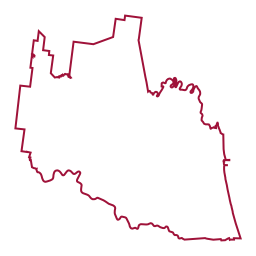 Altamira, Tamaulipas, Mexico (orthographic projection)
{"feature_id": "50627088B67478118137256", "entity_name": "Altamira", "entity_type": "district", "adm_level": 2, "iso_a3": "MEX", "parent_name": "Mexico", "parent_adm1": "Tamaulipas", "projection": "orthographic", "projection_center": [-98.026, 22.563], "detail": "fine", "context": "isolated", "style": "outline", "palette": "rose", "viewbox_px": 256, "rotation_deg": 0, "n_neighbors": 0, "source": "geoboundaries", "source_scale": "gbopen_adm2", "svg_char_len": 5679}
<svg xmlns="http://www.w3.org/2000/svg" viewBox="0 0 256 256"><path d="M225.1,240.2L228.0,238.5L229.1,238.1L229.8,239.9L230.5,239.6L234.0,239.6L233.9,238.2L240.6,238.4L235.7,223.3L232.8,212.9L232.6,211.3L231.6,207.2L231.4,206.0L230.7,203.9L229.8,200.0L229.4,197.8L227.6,189.6L226.8,185.0L225.4,178.9L225.4,178.0L224.4,172.5L224.1,169.7L224.1,166.6L224.6,165.2L227.9,165.2L224.2,165.0L224.0,164.4L224.0,163.8L224.6,163.7L223.9,163.6L223.7,161.6L224.2,161.6L224.2,161.4L223.7,161.5L223.5,161.3L223.5,161.0L224.0,160.1L229.3,160.2L229.3,159.9L225.8,160.0L224.2,154.1L223.6,149.2L223.3,134.5L222.9,134.5L221.0,133.2L220.7,133.1L220.2,131.3L219.9,130.7L219.5,129.4L219.1,128.7L218.5,126.9L218.0,125.8L217.9,125.1L218.0,124.0L217.7,122.9L217.6,122.7L217.4,122.7L216.9,123.7L216.7,124.6L216.2,125.6L215.6,125.9L215.6,126.3L216.0,126.8L216.1,127.4L216.1,128.1L214.7,127.9L214.3,127.6L214.2,127.3L213.9,127.2L213.1,127.7L212.0,127.9L211.2,128.2L210.8,128.7L210.5,128.5L210.1,126.8L209.7,125.7L208.9,124.5L207.8,124.3L205.6,124.3L204.2,123.8L203.8,123.3L203.4,122.5L202.8,121.7L201.7,120.5L201.6,120.2L201.6,119.6L201.8,117.7L202.5,115.9L202.5,115.3L202.1,114.2L200.7,112.9L200.6,112.4L200.7,111.7L201.3,110.3L201.6,108.7L202.1,104.7L201.9,103.7L200.1,102.0L198.7,98.8L198.6,98.0L198.8,96.8L199.9,94.8L200.2,94.0L200.2,92.9L200.0,91.6L199.3,90.2L197.8,88.3L196.9,86.4L196.4,86.1L195.5,86.4L194.6,87.5L194.0,88.6L193.4,90.1L193.2,91.6L192.3,92.6L191.7,92.9L191.0,92.9L190.6,92.5L190.5,92.0L190.6,91.4L191.6,90.2L192.1,89.7L192.7,88.7L193.2,87.5L193.4,86.3L193.1,84.9L192.5,84.3L191.3,84.3L189.1,85.1L187.9,86.1L187.3,86.9L186.7,88.7L186.1,89.6L185.2,90.1L184.2,90.1L182.1,89.7L180.4,89.7L179.9,89.4L179.7,89.0L179.7,88.7L180.0,88.0L180.8,86.8L181.3,86.1L181.7,84.9L181.8,83.8L181.7,83.3L181.4,82.5L180.9,81.8L180.5,81.5L179.8,81.4L178.8,81.9L178.0,83.0L176.2,86.9L176.0,87.1L175.5,87.1L175.3,86.7L175.4,85.7L176.0,83.8L176.3,81.7L176.4,80.3L175.7,78.4L175.0,77.9L174.4,78.0L174.0,78.4L173.9,79.0L174.9,82.6L174.9,83.4L174.6,84.4L174.0,85.7L172.5,87.3L172.0,87.4L171.4,87.4L170.8,86.9L170.6,86.3L170.9,85.4L173.2,83.6L173.5,82.4L173.4,81.4L172.7,80.4L171.7,79.5L170.1,78.6L169.3,78.6L168.1,79.0L166.9,80.0L166.4,80.8L166.0,81.7L165.6,83.1L165.4,83.2L164.9,83.2L163.8,82.7L163.1,82.5L162.0,83.0L161.7,83.5L161.6,86.5L162.2,86.7L162.7,86.4L163.1,86.4L163.3,86.6L163.2,87.3L161.9,89.7L160.0,92.6L159.2,94.1L158.7,95.5L158.0,96.2L157.3,96.4L156.9,96.1L156.9,95.8L157.2,95.2L158.0,94.7L158.2,94.4L158.1,93.7L156.9,92.1L156.2,91.9L155.6,91.9L155.1,92.1L153.8,93.3L153.5,93.8L153.4,94.5L153.0,94.7L152.6,94.4L152.2,93.1L150.8,92.6L150.5,92.4L150.1,91.3L149.7,91.0L149.3,90.9L148.8,91.0L148.1,91.6L146.5,82.2L145.4,77.0L138.5,40.0L138.8,39.2L141.7,17.8L125.1,15.6L124.5,20.1L115.7,18.8L113.1,37.0L93.4,44.2L73.6,41.7L69.5,73.9L69.5,75.9L70.9,77.7L70.4,77.9L70.0,77.6L69.7,76.9L69.4,76.9L68.8,76.6L68.5,76.8L68.4,76.7L68.5,76.3L68.4,76.1L68.6,75.9L68.2,75.7L68.1,75.4L67.9,75.2L68.0,75.0L68.3,75.0L68.4,74.8L68.2,74.7L67.9,74.2L67.5,74.2L67.1,74.5L66.0,74.1L65.5,74.1L65.1,73.9L64.7,74.1L64.6,74.6L63.7,75.0L63.5,75.4L63.2,75.1L62.9,75.1L62.7,74.9L62.6,75.2L62.1,75.8L61.5,75.4L61.4,75.6L61.3,75.4L61.1,75.5L59.9,76.3L59.3,76.2L59.1,76.6L59.1,76.8L59.6,77.2L59.3,77.6L59.1,77.6L58.7,77.4L58.5,77.1L58.5,76.8L57.8,77.2L57.2,77.3L57.0,77.1L54.8,77.5L50.8,73.2L53.2,55.5L48.9,55.0L49.3,51.0L43.1,50.2L44.7,37.1L38.8,31.2L37.6,40.9L33.8,40.3L32.1,53.8L33.3,55.0L33.6,54.7L34.5,55.6L34.4,56.1L33.4,55.2L33.2,55.4L32.8,55.0L32.7,56.6L31.9,55.7L31.9,55.8L30.4,67.7L32.5,68.0L30.1,86.7L20.3,85.6L15.4,128.4L24.5,129.4L21.5,151.2L27.0,152.0L27.0,151.8L30.6,152.6L29.1,157.1L31.2,157.6L29.6,157.9L29.9,160.1L30.8,160.0L32.0,167.2L33.8,168.1L35.4,168.4L36.0,168.9L36.6,168.8L36.4,169.5L37.1,171.7L37.6,172.2L38.4,172.2L39.4,172.6L40.3,173.4L41.0,174.3L41.6,175.9L42.2,178.2L42.9,179.9L43.6,181.0L44.5,181.6L45.6,181.8L47.2,181.4L50.3,180.4L51.8,179.6L52.6,179.0L53.1,178.1L53.3,177.1L53.5,174.9L54.0,172.9L54.6,171.6L55.5,170.8L56.4,170.5L57.5,170.4L58.5,170.7L59.6,171.4L60.7,172.6L62.0,174.5L62.4,175.0L63.1,175.3L63.6,175.2L64.2,174.9L66.8,171.5L67.7,170.7L68.4,170.4L69.3,170.5L70.1,170.8L70.9,171.3L73.2,173.7L74.0,174.0L74.7,173.9L75.5,173.5L77.5,171.9L78.4,171.5L79.1,171.5L79.7,171.9L80.2,172.6L80.2,173.5L79.8,174.4L77.2,179.5L77.0,180.4L77.0,181.0L77.3,181.6L77.9,182.0L79.8,182.9L80.7,183.6L81.4,184.4L81.6,185.2L81.1,189.1L81.1,190.1L81.2,191.1L81.7,192.1L82.3,192.7L83.1,193.2L87.0,194.6L88.4,195.3L89.2,196.0L90.6,197.8L91.6,198.7L92.7,199.2L94.1,199.2L95.2,199.0L97.2,197.8L97.8,197.8L103.5,200.3L105.5,201.5L108.8,203.8L113.1,205.4L114.1,206.1L114.8,206.8L115.1,207.6L115.2,208.4L114.8,210.5L114.7,212.8L114.9,214.0L116.8,218.6L117.3,219.4L117.7,219.7L118.3,219.7L118.9,219.4L119.7,218.8L120.8,217.1L121.3,216.7L121.9,216.6L125.0,217.3L126.0,217.8L126.5,218.5L128.9,223.3L129.4,224.7L129.8,226.4L130.4,227.5L131.0,228.2L131.7,228.5L132.5,228.6L135.0,227.8L135.6,227.9L136.6,228.6L137.4,228.8L137.9,228.5L138.3,227.6L138.6,226.2L139.1,225.1L139.8,224.6L140.8,224.2L141.8,224.2L146.3,224.5L148.0,224.3L149.5,223.6L150.7,223.2L151.8,223.5L152.4,224.0L153.5,225.4L153.9,225.9L154.6,226.1L155.2,226.1L156.8,225.6L157.4,225.6L158.1,225.8L160.3,227.2L162.7,228.0L164.0,228.1L164.6,227.9L166.1,226.5L166.8,226.5L167.3,226.8L167.8,227.3L168.9,230.5L169.4,231.3L170.3,231.6L172.6,232.3L173.0,232.6L173.9,234.3L174.4,234.8L175.0,235.1L176.1,235.0L176.9,235.2L177.6,235.6L178.2,236.5L178.3,237.4L178.6,238.1L179.1,238.4L179.6,238.5L181.8,238.0L182.9,238.8L184.5,239.6L205.1,238.1L206.1,238.5L207.6,238.8L213.3,239.7L220.8,239.1L221.3,240.4L225.1,240.2Z" fill="none" stroke="#9f1239" stroke-width="2"/></svg>